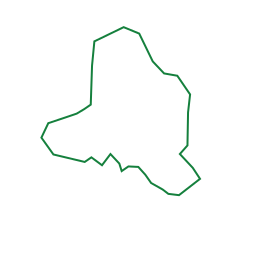 outline of Bukhara city, Bukhoro, Uzbekistan, rotated 137°
{"feature_id": "79887680B41570808134522", "entity_name": "Bukhara city", "entity_type": "district", "adm_level": 2, "iso_a3": "UZB", "parent_name": "Uzbekistan", "parent_adm1": "Bukhoro", "projection": "equal_earth", "projection_center": [64.424, 39.709], "detail": "fine", "context": "isolated", "style": "outline", "palette": "green", "viewbox_px": 256, "rotation_deg": 137, "n_neighbors": 0, "source": "geoboundaries", "source_scale": "gbopen_adm2", "svg_char_len": 553}
<svg xmlns="http://www.w3.org/2000/svg" viewBox="0 0 256 256"><g transform="rotate(137 128 128)"><path d="M197.9,180.0L200.6,159.5L182.8,132.7L174.8,131.5L172.4,118.5L158.6,120.9L158.6,107.9L162.0,100.8L153.9,99.6L147.0,92.5L147.2,82.0L148.6,72.0L144.6,59.4L143.4,52.3L136.5,44.1L110.0,41.7L107.8,54.7L107.8,73.6L96.4,74.7L73.5,98.4L59.7,110.2L56.3,132.6L64.4,143.3L64.5,159.8L55.4,189.4L62.4,204.7L93.5,214.3L111.8,198.1L139.3,170.5L147.3,171.7L155.7,173.5L166.6,178.4L183.0,185.9L197.9,180.0Z" fill="none" stroke="#15803d" stroke-width="2"/></g></svg>